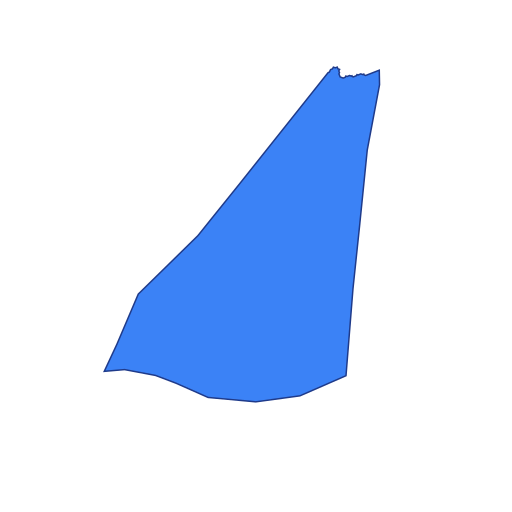 outline of 64, Ad Dawhah, Qatar, rotated 248°
{"feature_id": "91078587B90572776822782", "entity_name": "64", "entity_type": "district", "adm_level": 2, "iso_a3": "QAT", "parent_name": "Qatar", "parent_adm1": "Ad Dawhah", "projection": "equal_earth", "projection_center": [51.513, 25.317], "detail": "fine", "context": "isolated", "style": "filled", "palette": "blue", "viewbox_px": 512, "rotation_deg": 248, "n_neighbors": 0, "source": "geoboundaries", "source_scale": "gbopen_adm2", "svg_char_len": 767}
<svg xmlns="http://www.w3.org/2000/svg" viewBox="0 0 512 512"><g transform="rotate(248 256 256)"><path d="M205.9,72.1L199.9,91.6L182.9,118.1L168.1,134.1L142.8,158.6L120.9,201.1L109.9,244.3L111.3,294.6L125.9,301.9L189.6,333.8L244.5,363.0L312.5,398.8L368.5,434.7L382.1,439.9L382.3,425.3L383.3,424.1L384.3,424.1L384.3,422.8L385.6,421.4L385.6,418.4L386.4,417.6L385.6,416.6L385.6,413.4L386.3,412.5L387.2,412.5L387.2,411.6L388.3,410.4L388.3,407.7L389.2,406.7L388.3,405.7L388.3,403.5L390.5,401.1L393.8,401.1L394.7,402.1L396.6,402.1L397.7,403.4L399.0,402.0L400.7,402.1L400.8,400.0L402.1,398.5L400.9,397.0L400.9,395.0L399.0,392.8L399.0,391.5L328.5,266.8L306.3,227.0L296.6,209.7L264.8,132.6L226.4,94.1L205.9,72.1Z" fill="#3b82f6" stroke="#1e3a8a" stroke-width="1.5"/></g></svg>